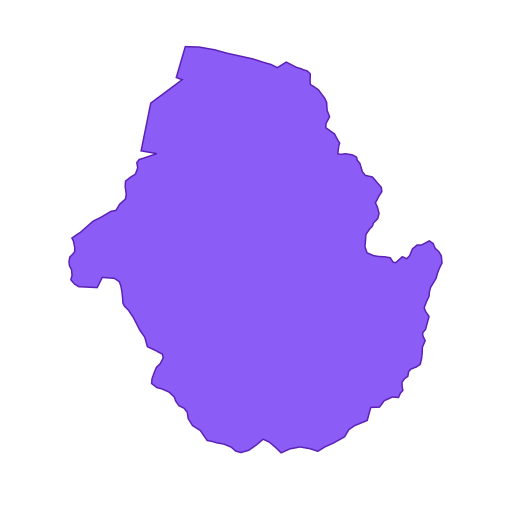 outline of Kuala Pilah, Negeri Sembilan, Malaysia, rotated 190°
{"feature_id": "92858781B70284069917848", "entity_name": "Kuala Pilah", "entity_type": "district", "adm_level": 2, "iso_a3": "MYS", "parent_name": "Malaysia", "parent_adm1": "Negeri Sembilan", "projection": "mercator", "projection_center": [102.206, 2.725], "detail": "fine", "context": "isolated", "style": "filled", "palette": "violet", "viewbox_px": 512, "rotation_deg": 190, "n_neighbors": 0, "source": "geoboundaries", "source_scale": "gbopen_adm2", "svg_char_len": 2541}
<svg xmlns="http://www.w3.org/2000/svg" viewBox="0 0 512 512"><g transform="rotate(190 256 256)"><path d="M91.1,141.4L89.9,146.2L88.0,149.0L89.5,153.2L90.3,157.1L88.4,161.0L85.6,163.8L85.6,168.8L83.7,171.6L78.6,174.7L75.5,177.8L75.1,183.7L75.5,189.5L76.3,195.0L74.7,202.0L77.5,205.9L78.6,209.0L76.3,213.3L75.1,226.5L79.4,230.8L81.4,234.3L80.2,240.6L78.6,246.4L79.0,250.7L78.6,255.4L74.7,265.5L74.3,270.6L73.2,276.0L71.6,281.5L73.6,288.5L76.7,292.0L76.8,292.1L81.0,294.8L83.7,299.0L88.0,301.0L95.0,295.5L99.3,294.8L103.2,290.1L104.7,283.1L107.1,279.5L111.8,280.7L117.2,273.7L119.9,273.7L123.5,277.6L128.5,277.6L135.5,276.8L140.2,276.8L147.2,278.4L150.4,284.2L150.7,288.9L151.5,296.3L148.8,302.2L146.5,305.7L146.1,308.8L142.6,313.9L142.2,319.3L144.9,325.2L147.6,329.1L145.3,336.5L143.3,341.1L144.5,345.4L148.4,348.5L155.0,354.0L162.4,354.4L165.9,357.5L169.8,365.3L173.0,368.0L174.1,370.8L178.4,372.3L185.4,372.3L190.1,370.8L193.2,370.8L193.6,379.0L193.2,381.7L196.0,384.8L199.9,389.9L204.9,392.2L209.6,394.5L210.0,398.8L207.7,405.9L211.2,411.7L211.9,414.4L213.1,419.5L215.8,423.4L223.3,430.4L228.3,432.8L232.2,434.3L233.0,437.0L234.0,443.9L234.2,444.8L237.7,447.2L241.6,447.6L244.3,448.3L248.6,448.7L259.9,452.2L267.7,445.2L274.3,447.2L282.1,448.0L293.0,449.5L320.3,450.7L332.4,451.9L341.4,451.9L348.4,451.9L362.0,449.9L365.5,417.9L359.3,416.8L386.2,388.3L387.4,339.6L371.4,339.6L384.1,332.6L387.8,330.8L389.6,327.2L387.8,322.3L389.0,315.6L393.2,311.9L397.5,307.1L396.9,301.6L394.5,294.3L394.5,289.4L399.3,283.3L401.8,276.6L406.6,274.8L410.9,271.1L415.8,266.9L422.5,262.0L427.4,255.9L433.0,248.8L436.1,246.0L440.4,241.7L438.4,239.0L436.1,233.2L435.3,228.9L436.9,225.8L439.2,222.6L439.2,218.0L438.1,214.1L435.3,210.5L433.8,205.1L434.2,200.4L429.9,196.9L425.2,195.0L406.9,197.3L403.7,208.2L391.7,209.4L386.2,207.0L383.9,203.1L381.9,197.7L380.4,192.6L378.8,186.4L376.8,183.7L372.2,180.5L365.9,173.9L357.4,162.6L351.5,156.8L347.2,147.8L337.1,145.1L336.3,144.7L331.2,143.1L329.7,139.6L331.6,133.4L334.7,129.1L335.9,124.0L337.1,117.0L336.7,112.3L330.8,109.2L325.8,108.8L318.0,106.9L312.1,103.0L309.8,99.1L305.9,95.2L300.4,93.6L296.5,90.1L294.6,84.2L289.1,78.0L280.6,74.5L272.0,65.8L267.2,65.8L262.3,65.2L255.0,65.2L247.1,63.4L242.2,60.4L236.7,59.8L229.4,63.4L222.7,70.1L217.2,76.8L210.5,75.0L203.2,70.7L197.1,66.5L189.2,71.9L179.4,75.6L169.1,75.6L161.2,74.4L155.1,79.9L147.2,85.3L137.4,93.3L134.4,101.2L129.5,106.0L117.9,113.4L116.7,126.8L108.2,128.6L104.5,135.9L97.2,140.8L91.1,141.4Z" fill="#8b5cf6" stroke="#5b21b6" stroke-width="1.5"/></g></svg>